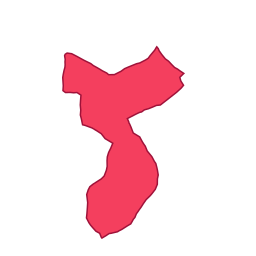 Iguegben, Edo, Nigeria, rotated 158°
{"feature_id": "59680162B67610911656226", "entity_name": "Iguegben", "entity_type": "district", "adm_level": 2, "iso_a3": "NGA", "parent_name": "Nigeria", "parent_adm1": "Edo", "projection": "albers", "projection_center": [6.246, 6.513], "detail": "fine", "context": "isolated", "style": "filled", "palette": "rose", "viewbox_px": 256, "rotation_deg": 158, "n_neighbors": 0, "source": "geoboundaries", "source_scale": "gbopen_adm2", "svg_char_len": 1983}
<svg xmlns="http://www.w3.org/2000/svg" viewBox="0 0 256 256"><g transform="rotate(158 128 128)"><path d="M193.4,35.7L192.3,35.9L188.9,36.4L185.1,37.2L183.0,36.7L176.5,35.7L175.2,36.0L171.7,36.3L165.3,37.5L162.0,38.0L161.5,38.0L159.9,39.2L158.4,40.4L157.2,41.4L155.1,42.5L152.4,45.3L149.4,47.2L148.1,48.1L145.5,49.7L142.3,52.0L138.0,54.8L132.6,57.0L130.5,58.1L125.7,60.9L121.9,64.8L119.8,69.8L117.6,73.1L116.6,77.5L116.1,80.3L115.5,84.7L115.9,86.4L116.1,87.4L116.3,89.6L116.6,92.4L118.8,99.5L118.8,104.5L119.4,107.2L119.9,110.0L120.5,115.4L123.0,118.7L125.0,121.4L124.9,127.6L125.0,131.2L125.2,132.3L125.0,133.5L125.0,133.9L125.0,134.1L125.1,137.0L115.4,137.9L112.0,138.1L111.0,138.1L109.4,137.8L106.0,138.7L101.8,138.2L96.9,138.2L93.2,138.3L89.4,137.2L69.6,142.9L63.7,145.1L60.5,146.8L61.4,151.8L61.0,155.6L55.8,157.7L58.6,161.8L60.0,164.1L62.1,166.6L63.7,170.4L65.4,174.8L67.5,178.1L69.2,183.6L70.2,188.0L70.2,190.2L70.9,192.5L71.7,192.0L74.0,190.2L77.2,188.5L80.4,186.8L83.1,185.1L86.3,184.5L92.8,183.9L96.0,184.4L100.3,184.4L104.6,184.4L108.9,184.3L113.2,183.2L120.7,182.6L125.2,184.4L126.0,184.7L127.1,186.9L130.4,190.7L132.0,192.9L134.1,195.6L136.8,198.9L138.4,201.7L140.6,204.1L143.3,207.1L148.7,213.7L152.4,218.0L156.4,220.3L158.6,219.9L159.7,218.8L160.5,215.2L161.6,213.0L162.6,210.2L163.7,208.0L165.8,205.2L168.0,201.9L169.6,199.2L172.2,191.4L174.3,187.0L172.7,184.3L168.4,182.7L165.2,181.0L162.0,180.0L159.3,176.1L160.4,173.9L162.0,170.6L163.2,168.1L163.6,167.3L165.1,162.3L167.3,157.9L167.8,154.1L168.9,148.0L166.7,146.4L161.3,141.5L157.6,136.6L157.2,136.0L154.9,132.7L153.2,126.7L148.6,120.7L147.8,119.6L151.6,115.7L155.1,112.6L158.0,109.0L159.6,105.7L161.7,100.2L163.9,96.9L166.5,94.1L168.1,92.4L171.9,90.8L173.5,90.5L181.5,89.0L185.3,87.9L188.0,85.6L191.2,81.8L192.4,77.4L193.3,74.0L195.4,69.6L198.1,64.1L200.2,60.2L199.7,54.7L199.1,52.0L198.0,48.7L196.4,44.3L193.7,41.0L193.7,37.7L193.7,36.6L193.4,35.7Z" fill="#f43f5e" stroke="#9f1239" stroke-width="1.5"/></g></svg>